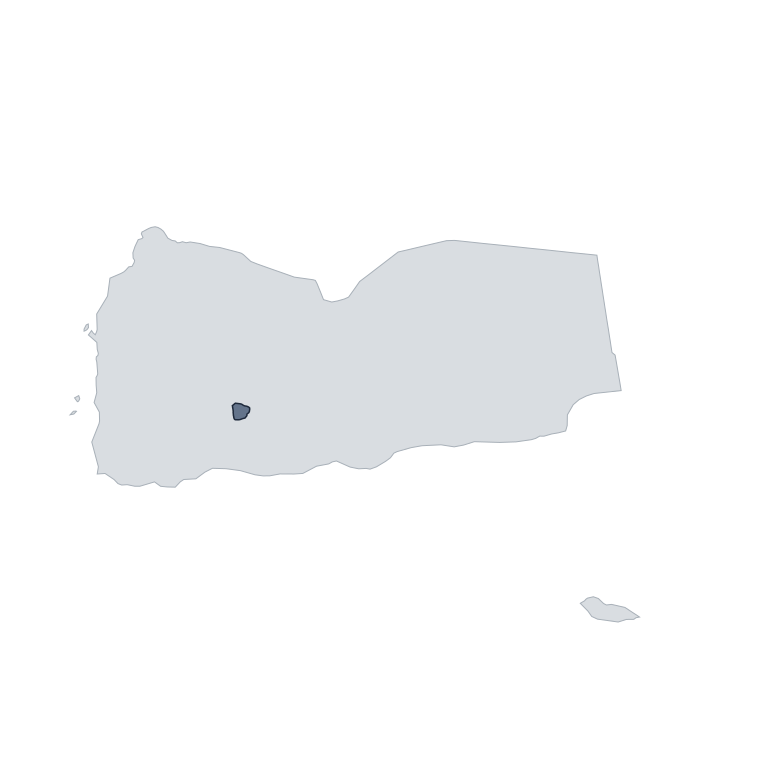 location of Markhah Al Olya, Shabwah, Yemen, rotated 14°
{"feature_id": "15242507B22375918016424", "entity_name": "Markhah Al Olya", "entity_type": "district", "adm_level": 2, "iso_a3": "YEM", "parent_name": "Yemen", "parent_adm1": "Shabwah", "projection": "mercator", "projection_center": [45.924, 14.502], "detail": "fine", "context": "in_parent", "style": "filled", "palette": "slate", "viewbox_px": 768, "rotation_deg": 14, "n_neighbors": 0, "source": "geoboundaries", "source_scale": "gbopen_adm2", "svg_char_len": 4436}
<svg xmlns="http://www.w3.org/2000/svg" viewBox="0 0 768 768"><g transform="rotate(14 384 384)"><path d="M615.7,333.0L590.1,342.4L583.3,346.6L577.2,351.8L572.6,358.3L569.4,369.6L571.8,380.0L571.6,385.6L565.0,389.2L558.8,391.9L551.9,395.9L547.7,396.9L544.3,400.1L540.4,402.4L526.1,408.2L510.4,412.7L485.6,418.1L476.0,424.0L467.3,428.0L454.0,429.2L435.8,434.7L425.7,439.2L413.1,446.4L410.3,448.7L408.1,454.0L404.3,458.6L396.7,466.2L391.0,470.0L387.2,470.2L379.9,472.4L371.2,472.8L356.5,470.2L352.8,472.0L349.7,474.9L338.4,480.1L326.9,490.4L318.5,493.1L304.9,496.4L295.4,500.7L289.0,502.4L280.8,503.3L265.6,502.8L251.2,504.4L237.9,507.3L231.6,512.8L224.4,521.5L212.8,525.1L210.0,528.2L206.4,534.6L198.8,536.3L192.0,537.3L185.0,534.5L171.8,542.3L166.8,543.5L159.2,543.8L153.9,545.5L150.0,545.0L145.2,542.0L135.0,538.3L127.5,540.7L126.9,533.4L114.5,511.0L117.1,491.5L117.0,488.8L114.6,480.1L107.2,472.1L107.4,462.0L105.0,454.8L103.0,447.3L103.6,445.3L103.8,443.5L100.0,432.1L98.7,429.7L98.3,427.3L99.5,425.5L99.4,423.4L97.4,419.8L95.3,413.1L85.3,407.9L87.3,402.9L89.3,404.7L91.9,406.1L92.5,402.9L92.5,400.5L88.3,385.6L94.5,365.6L92.5,347.6L102.0,340.4L104.4,338.2L105.8,336.2L108.0,332.1L111.1,330.8L112.2,326.5L112.1,324.3L110.1,322.4L108.6,317.4L109.1,311.0L109.6,308.3L110.6,303.4L113.9,301.5L114.7,300.1L112.2,297.0L112.4,295.1L118.1,290.0L120.3,288.4L123.9,286.8L126.8,286.8L130.1,287.7L133.1,289.2L135.9,291.8L139.0,294.8L143.6,296.0L146.8,295.7L149.3,297.0L151.5,296.3L154.0,294.7L157.9,294.8L161.5,293.1L171.6,292.2L181.4,292.7L191.5,291.3L201.7,291.4L212.0,291.5L214.2,291.7L216.5,292.6L225.1,297.3L231.7,298.2L244.8,299.5L258.9,300.8L271.1,302.0L281.4,300.9L290.0,300.0L292.3,300.1L294.9,303.0L300.1,310.1L304.9,316.8L313.5,317.1L318.9,314.6L325.0,311.1L328.6,308.3L332.9,297.5L335.6,290.4L342.0,282.5L347.3,275.8L354.3,267.0L358.1,262.2L365.8,252.5L373.1,248.8L387.2,241.5L401.0,234.4L410.0,229.8L417.7,227.6L430.5,225.8L445.7,223.7L460.8,221.5L476.8,219.2L494.8,216.7L507.1,214.9L522.8,212.7L535.8,210.9L547.4,209.2L559.4,207.5L561.6,212.9L563.9,218.2L566.1,223.6L568.4,229.0L570.6,234.3L572.9,239.7L575.1,245.0L577.4,250.4L579.6,255.7L581.9,261.1L584.1,266.4L586.4,271.8L588.7,277.1L590.9,282.4L593.2,287.8L595.4,293.1L597.6,298.3L601.2,300.0L603.4,304.9L606.5,311.9L609.6,319.0L612.7,326.0L615.7,333.0ZM650.2,543.9L653.3,544.6L658.1,542.8L671.8,542.5L688.3,548.3L685.1,549.8L683.3,551.9L676.1,553.8L668.8,558.3L648.0,560.5L641.8,559.3L636.8,555.0L627.5,549.3L631.1,545.8L631.9,544.1L633.3,542.5L638.6,539.8L643.9,540.3L650.2,543.9ZM91.9,474.2L91.2,475.3L90.3,475.0L87.1,472.3L90.6,469.1L92.4,472.0L91.9,474.2ZM81.8,404.1L80.2,405.3L79.7,403.3L80.8,398.7L82.5,397.3L83.6,400.7L82.9,402.6L81.8,404.1ZM90.3,488.2L86.9,489.8L89.2,485.6L91.6,484.8L92.2,484.9L90.3,488.2Z" fill="#d9dde1" stroke="#a8b0b8" stroke-width="1"/><path d="M247.8,454.5L248.0,454.6L248.3,454.6L248.5,454.6L248.8,454.6L249.0,454.5L249.3,454.4L249.5,454.4L249.8,454.3L250.0,454.3L250.1,454.2L250.3,454.2L252.2,453.7L253.5,453.0L254.4,452.3L255.9,451.4L256.7,451.0L257.4,450.6L257.5,450.4L257.6,450.2L257.8,449.8L257.8,449.6L257.9,449.4L258.0,449.2L258.2,448.9L258.3,448.7L258.5,448.3L258.5,448.1L258.6,447.9L258.6,447.7L258.5,447.4L258.3,446.7L258.3,446.4L258.9,445.6L259.7,444.6L259.7,444.4L259.8,444.2L259.9,443.8L260.0,443.6L260.0,443.3L260.0,443.1L260.0,442.9L260.0,442.7L259.9,442.4L259.9,441.7L259.9,441.3L259.8,441.1L259.7,440.9L259.6,440.7L259.6,440.3L259.6,440.1L259.5,439.9L259.4,439.8L259.3,439.6L259.1,439.5L258.9,439.4L258.7,439.4L258.4,439.2L258.2,439.1L257.8,439.0L257.6,439.0L257.4,439.0L257.2,438.9L256.9,438.9L256.7,438.8L256.3,438.8L256.1,438.8L255.9,438.8L255.6,438.8L255.4,438.8L255.0,438.9L254.8,438.9L254.6,438.9L254.1,438.9L253.6,438.9L252.1,438.5L250.8,438.0L249.1,438.0L244.4,438.6L244.2,438.9L243.9,439.2L243.7,439.6L243.4,439.9L243.2,440.2L242.9,440.6L242.7,440.9L242.4,441.3L242.2,441.7L242.1,441.8L242.3,442.1L242.4,442.4L242.5,442.6L242.7,442.9L242.7,443.1L242.8,443.2L242.8,443.4L242.9,443.5L243.0,443.7L243.1,443.9L243.2,444.1L243.2,444.3L243.3,444.5L243.5,444.9L243.6,445.0L243.7,445.4L243.8,445.6L243.8,445.8L243.9,446.0L244.0,446.1L244.1,446.3L244.2,446.5L244.3,446.9L244.3,447.1L244.4,447.5L244.5,447.6L244.5,447.8L244.5,448.0L244.6,448.4L244.7,448.6L245.6,451.2L245.7,451.3L246.0,451.9L246.4,452.9L247.0,453.9L247.1,454.0L247.3,454.2L247.5,454.3L247.8,454.5Z" fill="#64748b" stroke="#1e293b" stroke-width="1.5"/></g></svg>